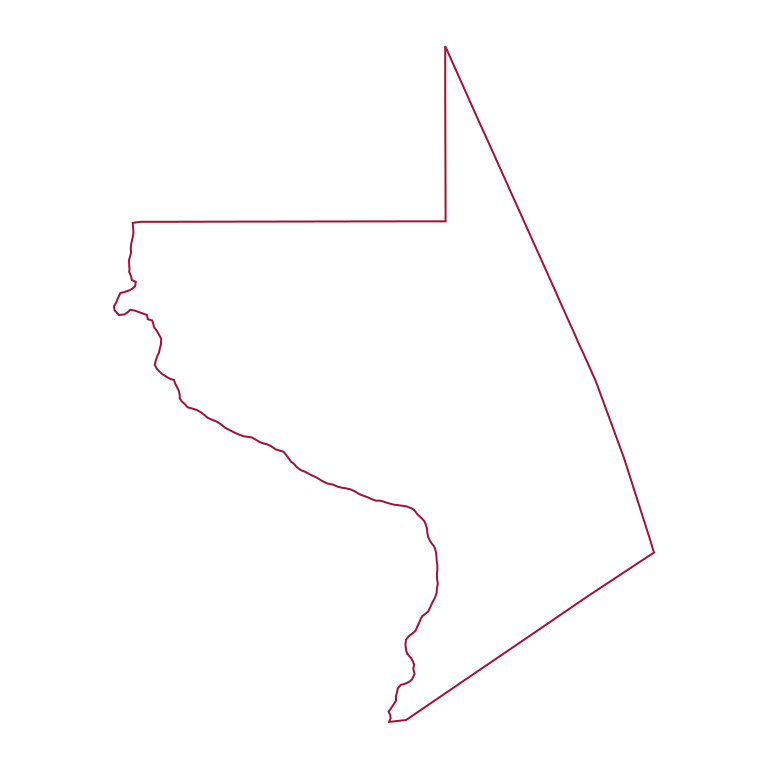 Morros, Maranhão, Brazil (Albers equal-area conic projection)
{"feature_id": "56859067B9052627590224", "entity_name": "Morros", "entity_type": "district", "adm_level": 2, "iso_a3": "BRA", "parent_name": "Brazil", "parent_adm1": "Maranhão", "projection": "albers", "projection_center": [-43.875, -2.966], "detail": "fine", "context": "isolated", "style": "outline", "palette": "rose", "viewbox_px": 768, "rotation_deg": 0, "n_neighbors": 0, "source": "geoboundaries", "source_scale": "gbopen_adm2", "svg_char_len": 2584}
<svg xmlns="http://www.w3.org/2000/svg" viewBox="0 0 768 768"><path d="M118.8,315.0L124.2,314.5L127.1,312.7L130.3,309.7L135.1,310.7L141.4,313.0L147.0,315.0L147.7,319.2L152.2,320.5L153.3,323.8L154.0,327.3L156.3,330.1L158.5,333.7L161.2,338.8L160.9,344.5L159.9,348.3L158.9,352.7L157.0,356.8L155.6,361.2L154.8,364.6L156.2,368.0L158.6,370.8L162.2,374.0L167.0,377.2L170.3,378.9L174.1,380.0L174.9,383.1L176.7,386.5L178.7,390.6L179.8,395.0L179.7,398.2L181.8,401.5L184.6,403.9L187.6,407.3L192.8,408.7L196.8,410.0L200.6,412.1L204.3,414.9L207.6,417.8L211.3,419.4L216.4,421.5L220.1,423.7L222.7,425.7L225.1,427.7L228.3,429.4L231.6,431.1L234.6,432.6L238.8,434.5L243.7,436.3L247.5,436.8L252.0,437.5L256.3,440.0L260.2,442.3L263.3,443.4L267.2,444.3L270.8,446.0L275.7,449.4L283.6,451.8L288.4,457.9L291.1,461.8L293.7,463.5L296.5,466.9L300.9,470.2L304.5,471.5L308.6,473.7L312.5,475.7L315.3,476.9L318.5,478.7L321.7,480.7L327.0,483.4L333.4,484.7L337.2,486.5L341.8,487.7L346.8,488.5L350.5,489.4L355.6,491.7L358.2,493.5L361.3,495.0L364.5,496.1L367.7,497.3L371.4,499.0L375.9,500.7L379.3,500.6L383.3,501.5L388.2,503.2L393.6,504.6L398.3,505.2L402.0,505.7L406.5,506.4L410.6,508.0L413.4,509.3L415.4,511.6L417.4,514.3L420.8,517.4L423.9,520.6L425.7,524.2L427.0,528.7L427.3,532.6L428.1,536.8L429.5,539.8L431.3,542.9L433.3,545.3L435.0,548.5L436.1,553.2L436.6,558.6L436.8,561.7L437.3,564.9L437.4,569.9L436.9,574.0L437.1,579.2L437.8,583.8L436.9,588.5L436.6,593.1L435.0,597.5L432.1,603.0L430.0,607.8L428.2,611.5L422.3,616.2L420.7,618.9L418.9,623.4L417.1,627.0L415.4,630.9L411.6,634.1L408.7,636.3L406.0,639.7L405.4,644.7L406.3,651.0L407.5,654.1L410.9,657.8L412.8,661.3L414.2,664.6L413.2,668.6L414.6,673.9L412.0,679.4L409.2,681.8L405.4,683.6L400.6,685.0L397.8,688.4L397.1,691.8L395.9,696.6L396.1,700.7L393.0,705.3L391.2,708.1L388.6,711.7L390.3,715.2L390.6,718.2L389.2,721.9L406.1,720.0L476.4,672.1L482.6,667.9L511.9,648.0L587.8,596.2L644.0,559.1L654.0,552.6L648.9,536.0L624.1,458.3L595.8,381.2L582.3,351.1L579.9,346.1L573.1,330.6L569.8,323.4L560.6,303.0L552.7,285.1L509.9,190.0L489.3,144.2L479.0,121.6L445.2,46.1L445.2,84.6L445.2,89.0L445.6,221.3L434.7,221.3L377.5,221.4L370.4,221.4L257.6,221.6L246.5,221.6L163.6,221.8L159.3,221.8L151.0,221.8L145.4,221.8L140.6,221.8L132.7,222.9L133.3,230.0L133.4,233.4L132.4,238.8L131.1,244.2L130.7,248.4L131.1,252.1L130.3,255.8L129.0,260.2L129.2,265.3L129.5,268.7L129.2,271.9L130.8,275.5L131.9,280.0L135.8,281.9L135.1,286.3L132.7,288.4L129.5,290.3L124.5,292.0L120.3,293.0L117.9,298.3L116.3,302.3L114.0,306.3L114.5,310.2L118.8,315.0Z" fill="none" stroke="#9f1239" stroke-width="2"/></svg>